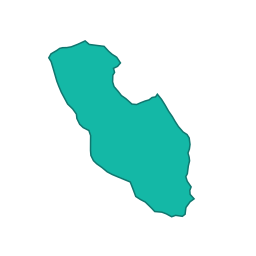 Marituba, Pará, Brazil (Equal Earth projection), rotated 148°
{"feature_id": "56859067B82724745768816", "entity_name": "Marituba", "entity_type": "district", "adm_level": 2, "iso_a3": "BRA", "parent_name": "Brazil", "parent_adm1": "Pará", "projection": "equal_earth", "projection_center": [-48.323, -1.397], "detail": "fine", "context": "isolated", "style": "filled", "palette": "teal", "viewbox_px": 256, "rotation_deg": 148, "n_neighbors": 0, "source": "geoboundaries", "source_scale": "gbopen_adm2", "svg_char_len": 1242}
<svg xmlns="http://www.w3.org/2000/svg" viewBox="0 0 256 256"><g transform="rotate(148 128 128)"><path d="M158.0,229.5L158.0,225.1L159.6,219.2L163.5,205.5L164.5,200.4L165.6,193.6L166.5,180.3L164.8,173.5L164.4,167.1L166.3,163.2L167.0,156.8L165.8,152.1L162.5,146.6L163.7,141.4L166.7,136.7L171.7,128.8L174.0,124.4L174.6,118.6L173.5,114.2L171.1,108.5L168.9,101.9L166.0,96.9L162.2,91.5L154.7,81.0L156.0,74.1L157.7,65.8L155.3,60.7L152.6,56.1L151.3,51.0L150.4,47.1L149.6,43.0L143.9,38.7L141.0,34.9L138.0,29.6L133.9,28.7L128.7,24.3L125.3,24.6L121.0,29.9L114.6,32.5L109.5,32.9L110.5,38.8L108.7,42.3L105.7,44.6L106.0,51.4L104.8,56.1L101.9,57.8L99.6,60.6L97.0,63.8L93.2,67.5L91.6,70.9L90.4,75.0L87.1,77.6L84.1,81.2L81.4,87.1L81.4,91.1L83.4,95.5L84.5,102.5L84.6,108.7L84.4,114.2L84.7,120.7L84.4,128.0L84.4,134.5L85.2,141.1L88.1,139.8L91.4,141.1L95.3,140.7L99.1,141.8L103.8,142.7L108.2,143.3L112.0,146.2L114.3,154.1L116.4,159.0L116.9,163.9L117.9,170.5L116.6,175.3L112.9,180.8L109.9,182.3L108.7,186.3L104.2,185.8L99.9,187.2L100.1,194.0L102.5,199.1L103.8,203.4L105.0,209.9L116.6,219.4L118.2,224.6L126.2,225.6L133.1,226.9L137.3,228.6L140.8,230.7L143.7,231.7L147.3,231.5L154.0,231.7L158.0,229.5Z" fill="#14b8a6" stroke="#0f766e" stroke-width="1.5"/></g></svg>